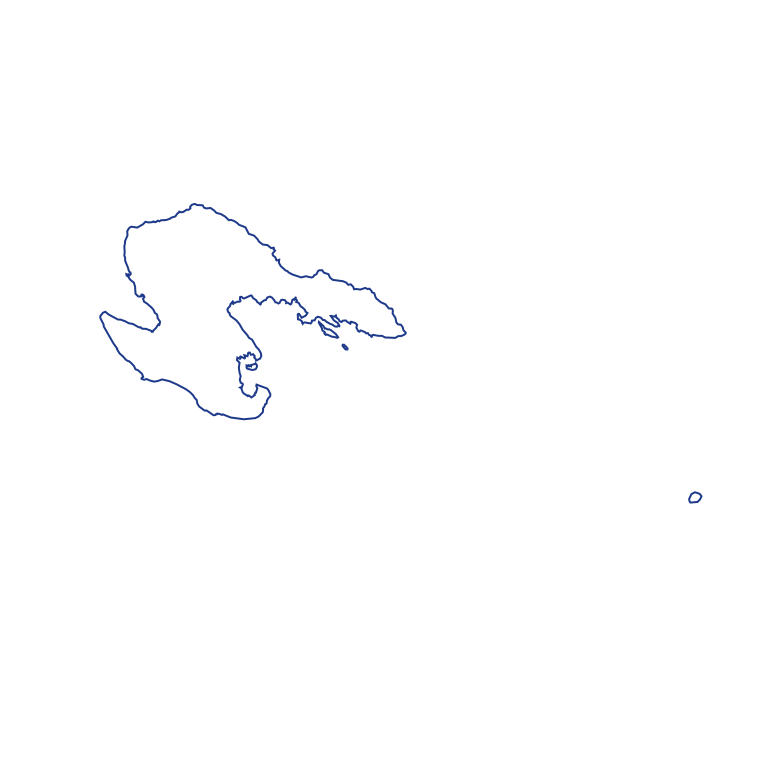 Kota Sabang, Aceh, Indonesia, rotated 147°
{"feature_id": "22746128B78398648082643", "entity_name": "Kota Sabang", "entity_type": "district", "adm_level": 2, "iso_a3": "IDN", "parent_name": "Indonesia", "parent_adm1": "Aceh", "projection": "robinson", "projection_center": [95.289, 5.924], "detail": "fine", "context": "isolated", "style": "outline", "palette": "blue", "viewbox_px": 768, "rotation_deg": 147, "n_neighbors": 0, "source": "geoboundaries", "source_scale": "gbopen_adm2", "svg_char_len": 6170}
<svg xmlns="http://www.w3.org/2000/svg" viewBox="0 0 768 768"><g transform="rotate(147 384 384)"><path d="M470.5,493.0L472.1,496.4L472.0,499.2L473.0,506.5L472.6,512.8L473.2,517.9L475.6,524.3L475.6,526.1L474.9,527.4L475.5,529.0L474.9,531.6L473.7,532.5L470.7,533.2L469.4,534.5L467.5,535.1L466.5,534.9L466.5,534.0L467.0,533.7L466.7,533.3L466.2,533.7L466.2,535.5L465.9,535.6L466.0,534.5L464.8,533.3L461.9,532.8L460.2,531.6L459.0,531.9L458.6,533.8L457.2,535.3L456.1,534.8L455.4,532.5L454.7,531.9L447.3,530.8L446.9,530.1L447.0,527.3L445.5,523.7L445.7,521.7L444.8,520.0L444.5,518.1L443.8,518.1L442.6,519.2L438.9,519.4L437.2,518.8L434.8,520.1L432.0,519.4L430.9,517.5L430.4,514.1L430.6,511.7L429.6,510.8L428.7,509.0L427.4,508.9L424.7,510.4L423.4,510.1L421.4,508.2L421.3,505.3L422.2,504.9L422.0,504.4L422.1,504.9L421.2,505.2L420.5,504.7L419.1,501.6L417.9,501.8L415.1,504.4L413.8,504.4L413.4,503.5L410.4,505.1L411.7,503.7L411.5,501.5L413.0,500.7L411.4,498.6L411.6,494.5L410.6,492.2L409.9,488.9L410.4,487.5L409.5,485.2L412.3,484.0L417.0,484.4L417.0,488.8L417.6,489.5L418.4,489.4L420.9,485.1L419.8,484.1L418.7,481.4L419.4,479.8L419.4,478.7L418.2,479.2L416.9,478.8L412.5,474.7L411.3,475.0L409.9,476.4L407.5,475.2L405.0,476.6L402.8,476.4L400.8,474.0L400.4,471.0L399.0,470.0L398.4,467.7L396.3,463.5L395.1,462.2L393.8,459.0L392.3,457.7L390.9,457.8L390.1,456.8L389.6,457.3L389.6,460.5L391.3,464.4L391.6,470.1L390.8,469.7L390.3,468.4L388.7,467.8L388.4,467.2L387.1,467.6L387.7,465.4L386.8,462.9L387.0,461.1L386.4,459.7L385.7,459.1L384.2,459.6L381.4,458.1L381.1,456.4L379.5,452.9L378.5,453.4L378.2,454.2L377.6,454.1L374.9,450.8L374.3,448.4L376.5,446.3L376.8,442.2L376.0,441.2L374.8,441.7L374.1,441.4L371.6,437.7L371.4,436.2L369.8,435.5L369.8,433.4L369.0,432.3L368.8,430.4L368.3,430.3L367.1,431.3L366.3,431.1L362.8,427.7L359.3,425.3L357.8,422.5L349.4,416.5L346.0,416.4L343.4,414.8L339.9,414.3L338.6,414.4L337.8,415.2L338.4,418.6L337.4,421.2L337.5,424.5L339.7,426.3L340.1,428.8L338.4,433.3L338.4,438.4L336.7,440.5L336.2,442.4L336.5,443.1L338.8,444.7L339.4,450.1L342.1,454.2L343.7,459.3L343.9,461.0L342.7,465.5L344.2,467.5L343.8,468.8L344.3,471.9L346.0,472.5L347.4,474.8L352.4,476.1L355.5,478.8L357.5,479.7L356.9,482.4L357.6,485.7L360.0,486.7L360.4,489.5L362.3,492.4L370.3,499.3L371.3,502.6L370.8,506.4L373.8,510.1L373.9,513.1L376.3,514.6L377.7,514.7L381.0,512.8L383.0,513.2L385.2,512.4L386.8,512.8L390.8,516.9L395.4,518.5L401.0,525.5L403.2,529.4L403.6,531.4L404.7,532.8L406.4,539.2L406.1,542.9L404.2,545.3L406.7,546.0L406.9,546.4L406.1,549.3L407.0,552.0L406.9,553.2L406.3,554.2L402.7,555.2L403.2,557.2L402.3,557.9L402.3,558.4L404.7,559.5L406.1,564.0L409.7,567.0L411.3,571.5L411.2,574.3L412.1,579.1L415.6,583.6L414.9,590.9L418.9,596.5L419.4,598.9L420.9,602.3L423.1,605.1L424.9,605.9L426.0,610.8L428.1,615.1L431.4,618.9L432.0,622.1L433.6,626.1L437.4,628.0L438.9,629.9L438.8,632.7L443.3,635.9L444.3,637.7L445.1,638.3L447.5,638.9L449.7,638.4L450.2,638.1L450.6,636.8L451.8,636.5L453.4,636.7L454.6,637.7L458.7,637.6L460.6,638.5L461.8,640.1L462.7,639.5L464.5,639.5L467.7,638.2L472.1,639.4L473.6,639.2L477.4,640.2L482.0,642.8L483.8,642.8L484.9,644.2L487.2,644.1L488.7,645.1L488.7,645.8L490.7,646.2L493.3,647.6L495.8,650.0L499.2,649.2L505.8,649.6L510.0,653.4L511.7,653.7L513.5,653.4L516.2,651.9L518.3,648.2L523.5,644.8L524.2,643.6L526.9,640.7L529.5,636.1L531.9,633.0L532.2,631.2L534.1,628.0L535.2,621.6L536.3,618.1L536.4,616.5L535.9,615.6L536.5,614.2L538.1,613.7L538.5,615.1L539.1,615.0L540.2,616.5L540.8,615.2L540.0,613.2L540.1,609.9L538.6,605.3L539.7,601.3L543.2,595.1L542.5,591.4L540.3,589.8L539.0,590.8L538.8,589.5L538.1,589.2L537.6,590.0L537.3,589.5L537.6,587.4L539.6,586.8L540.4,583.7L539.0,580.7L537.3,574.7L536.9,571.3L537.5,568.5L536.5,566.2L536.9,564.5L537.9,562.8L537.9,558.2L539.9,556.1L540.4,555.9L540.8,556.9L544.9,555.1L549.1,554.3L549.3,553.8L550.3,554.2L550.2,555.3L553.5,559.8L556.7,562.1L557.2,564.1L557.9,564.2L559.2,565.9L561.7,570.8L565.1,574.2L566.8,577.4L569.7,581.3L572.1,583.1L577.1,592.3L578.4,596.4L580.9,596.8L584.6,595.6L585.6,594.7L586.1,593.1L586.7,586.8L587.7,584.8L588.8,565.7L588.5,558.9L589.0,558.4L589.1,553.6L587.8,548.9L587.4,545.6L586.8,543.7L585.4,541.8L584.6,539.3L583.9,535.3L584.4,531.7L582.8,529.5L581.4,524.3L582.1,521.1L583.9,521.1L584.5,520.4L582.9,518.2L580.3,517.4L578.5,514.5L575.5,511.2L572.1,509.7L567.6,508.7L562.4,503.2L558.2,496.9L552.9,487.4L551.2,483.0L550.3,479.0L550.3,475.2L549.8,472.6L551.2,469.3L551.3,465.9L549.1,459.8L548.5,459.0L547.6,458.8L546.8,457.5L544.0,450.7L542.4,449.8L541.2,450.2L540.6,449.6L540.1,450.0L538.5,448.8L536.8,446.4L535.7,446.3L530.8,439.4L520.8,430.8L510.6,425.5L507.0,425.0L501.2,426.3L500.3,427.0L498.7,429.5L496.4,430.3L494.9,431.7L493.2,431.6L491.1,433.9L488.6,435.2L486.3,435.6L484.8,437.4L484.3,441.8L484.5,443.9L491.2,452.9L492.3,451.8L492.5,449.5L496.1,446.5L496.5,446.9L498.6,445.6L498.5,445.1L502.5,444.9L503.2,446.9L504.1,448.4L504.8,448.1L506.8,452.6L507.0,454.0L506.0,458.0L506.6,459.4L505.6,459.2L505.2,458.5L502.5,460.6L502.4,461.3L503.5,463.2L502.6,466.1L499.9,468.7L499.0,472.1L496.9,476.6L493.5,480.6L494.3,484.2L492.6,486.0L491.1,483.5L490.4,483.7L489.8,485.2L489.3,485.2L487.0,481.4L485.9,481.9L485.4,484.1L483.3,481.7L480.8,484.1L480.2,484.0L479.4,483.3L479.8,481.1L478.7,480.5L477.6,480.4L477.2,477.9L478.4,477.0L478.0,475.5L478.5,473.3L474.0,472.8L471.7,474.3L470.5,476.9L470.2,480.9L470.9,484.8L470.5,493.0ZM186.2,124.2L190.8,121.3L191.7,118.9L191.6,117.7L185.3,114.3L181.8,115.1L178.9,116.9L178.9,119.3L180.0,121.3L182.3,123.9L186.2,124.2ZM404.9,456.7L401.9,452.0L400.3,450.8L398.1,448.2L397.0,448.2L397.2,452.0L399.1,457.9L400.1,459.6L401.6,460.5L402.6,462.4L403.5,462.8L403.2,465.5L404.8,471.5L405.3,470.9L405.7,464.6L406.5,462.5L405.4,459.4L406.5,458.8L406.3,457.6L406.0,456.8L404.9,456.7ZM484.4,466.5L483.0,466.5L480.9,467.9L480.4,468.9L480.5,471.4L481.6,471.1L484.9,472.3L485.8,471.3L486.2,472.3L487.3,472.1L487.9,472.6L487.2,472.7L487.2,473.5L488.4,473.7L489.1,474.5L490.4,472.5L490.3,471.3L486.9,467.5L484.4,466.5ZM397.2,439.4L397.7,439.1L398.0,438.0L397.4,433.9L395.9,432.9L395.2,433.6L395.4,435.6L396.2,438.8L397.2,439.4Z" fill="none" stroke="#1e3a8a" stroke-width="2"/></g></svg>